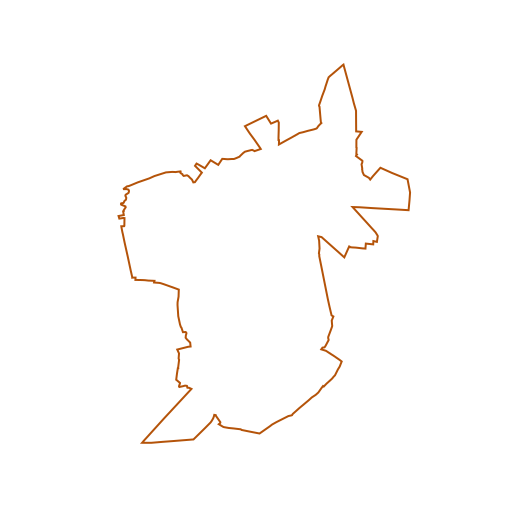 Chisineu-Cris, Arad, Romania (Equal Earth projection), rotated 190°
{"feature_id": "2599482B81986259472727", "entity_name": "Chisineu-Cris", "entity_type": "district", "adm_level": 2, "iso_a3": "ROU", "parent_name": "Romania", "parent_adm1": "Arad", "projection": "equal_earth", "projection_center": [21.526, 46.496], "detail": "fine", "context": "isolated", "style": "outline", "palette": "amber", "viewbox_px": 512, "rotation_deg": 190, "n_neighbors": 0, "source": "geoboundaries", "source_scale": "gbopen_adm2", "svg_char_len": 4583}
<svg xmlns="http://www.w3.org/2000/svg" viewBox="0 0 512 512"><g transform="rotate(190 256 256)"><path d="M213.2,447.5L214.2,446.3L215.5,444.6L216.0,442.0L216.5,438.4L217.0,434.9L217.3,431.9L217.8,429.3L218.6,425.1L219.5,419.0L219.8,417.2L220.1,415.4L220.0,414.8L219.4,414.1L216.2,402.1L215.3,398.9L215.0,398.6L214.7,398.3L215.9,396.7L217.2,394.7L218.0,392.9L218.4,392.2L219.0,391.8L221.1,390.7L226.8,388.2L231.1,386.1L234.7,384.6L235.7,383.7L242.4,378.2L245.8,375.5L252.8,369.8L253.0,371.4L253.5,374.1L254.0,374.1L254.4,376.5L255.5,383.9L256.4,389.4L256.7,391.3L258.0,393.1L260.5,391.4L263.1,389.7L264.2,389.0L270.3,395.8L279.7,389.0L288.1,382.9L289.1,382.1L289.4,381.9L285.5,377.8L283.3,375.5L277.6,370.1L270.6,363.0L269.9,362.2L275.7,359.0L276.5,359.4L278.2,359.8L279.5,359.3L281.3,358.5L283.1,357.7L285.0,356.8L286.5,355.2L289.2,351.5L289.4,351.0L292.1,349.2L294.2,347.9L295.0,347.6L297.2,347.2L300.5,346.4L302.2,346.2L304.6,346.0L306.1,345.8L309.0,339.2L317.3,342.4L321.6,333.5L328.1,335.9L330.6,336.7L331.7,334.2L323.8,328.7L325.1,326.1L326.7,322.7L328.0,320.2L329.0,318.1L330.5,317.6L332.3,320.1L334.9,321.8L335.3,322.1L336.3,322.9L338.0,323.5L339.8,322.8L341.1,322.3L341.6,322.6L342.1,322.9L342.7,323.8L344.0,324.3L344.5,324.5L345.0,324.9L344.9,326.0L345.0,326.2L348.6,325.1L349.7,324.7L353.0,324.3L359.2,322.7L361.1,321.7L369.9,317.1L374.6,313.9L385.2,308.0L391.3,304.1L393.4,302.8L395.1,302.2L397.9,299.3L397.7,298.9L395.2,299.4L393.2,299.2L392.5,298.4L392.3,297.2L392.5,296.0L395.0,293.7L395.1,292.6L393.9,290.9L393.8,289.7L393.9,288.8L395.0,287.5L395.3,286.7L395.5,285.6L395.9,285.1L397.3,284.7L398.0,284.3L398.0,283.7L397.6,283.1L395.6,282.7L393.2,282.2L392.8,281.3L393.5,279.8L394.2,278.1L394.0,277.3L394.6,276.9L393.3,273.4L398.3,271.5L397.1,269.1L394.1,270.1L393.4,270.4L392.1,270.5L390.9,262.9L391.0,262.5L391.3,262.4L393.8,261.9L393.6,261.2L391.7,256.2L390.9,254.4L389.6,251.1L387.6,246.1L382.1,232.9L376.8,219.8L374.1,213.4L374.1,213.2L370.9,213.8L370.6,211.5L363.6,212.6L361.1,212.9L357.8,213.1L351.7,213.9L351.8,212.2L346.8,212.7L345.3,212.7L341.8,212.2L330.0,210.2L326.2,209.5L325.2,202.5L325.2,196.9L324.8,194.2L322.1,183.2L319.0,175.5L317.7,173.1L317.0,172.5L314.7,168.3L312.2,168.9L311.5,168.6L311.1,167.9L311.1,167.3L311.3,165.6L311.1,163.3L309.7,162.0L305.8,159.3L304.7,155.5L307.1,154.8L317.3,150.2L314.9,146.7L314.4,141.6L313.7,140.4L313.3,132.8L313.1,132.0L313.5,131.9L313.4,126.5L313.1,120.3L308.8,117.8L308.8,117.0L309.1,115.3L309.2,114.5L309.1,114.0L308.7,113.7L305.1,115.2L303.4,116.0L302.4,116.1L301.5,116.1L300.7,114.4L300.0,114.4L299.7,114.5L299.3,114.6L298.4,114.4L297.5,114.2L296.5,113.9L318.4,80.0L334.7,54.1L334.9,53.6L335.7,52.3L326.8,53.8L326.5,53.9L316.3,56.6L306.5,59.1L285.7,64.5L285.5,64.8L276.3,77.7L271.8,84.2L271.0,85.9L270.0,88.6L269.6,90.7L269.5,92.3L268.0,92.3L267.9,92.1L267.9,91.9L267.6,91.5L267.1,91.0L265.8,89.7L262.7,86.6L262.3,86.2L262.2,85.9L262.2,85.6L262.3,85.3L262.6,84.8L263.4,83.9L259.1,82.2L258.5,82.0L257.8,81.9L254.5,81.9L253.2,81.9L250.5,82.1L247.9,82.3L242.3,82.6L241.1,82.7L240.8,82.6L240.5,82.5L240.1,82.2L232.5,82.0L221.7,81.8L220.4,83.1L212.8,90.7L210.9,92.8L207.0,96.0L196.3,104.0L193.4,105.2L192.9,105.5L192.4,106.8L186.8,113.9L181.9,119.7L179.2,122.9L176.5,126.4L173.1,129.6L170.9,132.4L168.6,137.3L167.4,139.6L166.6,139.2L164.4,142.5L160.5,147.5L159.7,148.6L158.6,150.6L157.5,152.2L155.6,158.6L154.4,161.6L153.3,167.0L155.8,168.3L162.6,171.4L164.6,172.2L170.7,174.8L175.5,175.4L175.2,176.1L174.6,177.3L172.8,177.9L172.3,178.6L171.7,180.2L169.9,185.8L170.0,186.3L170.7,187.8L170.8,188.9L169.4,196.4L168.9,199.3L168.8,200.4L169.3,202.1L170.2,205.6L169.3,209.9L170.4,210.3L171.3,210.7L175.0,219.3L177.8,226.1L189.9,257.2L193.7,266.9L193.9,268.4L194.5,269.5L194.7,274.3L196.5,282.1L198.2,286.2L194.7,286.0L168.8,270.0L165.9,281.6L165.2,281.4L165.0,281.0L162.4,281.2L159.2,281.6L152.4,282.0L149.5,282.3L150.0,287.3L142.6,287.8L143.0,291.1L139.4,290.9L139.5,296.5L139.7,297.1L142.4,300.1L148.1,304.5L169.4,321.0L162.3,322.0L149.5,323.4L123.4,326.5L113.7,327.6L114.5,337.5L114.9,341.4L115.3,345.3L120.1,357.9L136.5,361.4L148.8,364.5L154.6,355.1L156.8,351.1L158.4,352.6L163.8,354.5L165.7,357.3L166.3,359.3L166.6,359.9L166.5,360.3L167.0,361.9L168.0,364.7L167.8,365.4L167.6,366.3L167.6,367.1L167.6,367.6L167.8,368.3L174.9,371.8L174.8,372.2L174.2,373.5L174.9,373.8L175.7,380.1L176.0,380.3L177.1,386.7L177.3,388.0L173.5,396.6L179.0,396.1L181.3,408.7L182.7,416.4L186.2,423.5L188.3,428.2L201.2,455.6L202.1,457.5L203.1,459.7L203.5,459.3L208.8,452.8L213.2,447.5Z" fill="none" stroke="#b45309" stroke-width="2"/></g></svg>